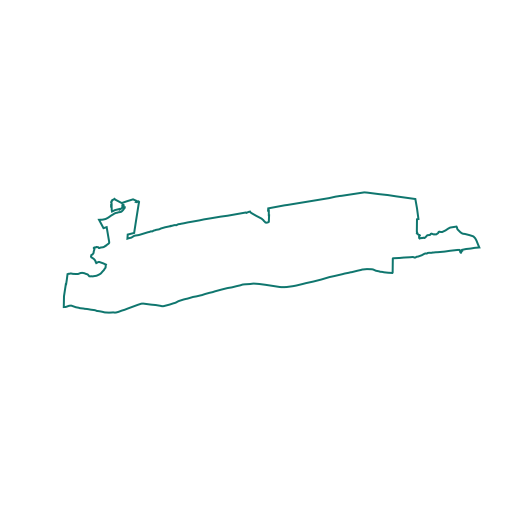 Concesti, Botosani, Romania, rotated 321°
{"feature_id": "2599482B49154697051389", "entity_name": "Concesti", "entity_type": "district", "adm_level": 2, "iso_a3": "ROU", "parent_name": "Romania", "parent_adm1": "Botosani", "projection": "natural_earth1", "projection_center": [26.588, 48.143], "detail": "fine", "context": "isolated", "style": "outline", "palette": "teal", "viewbox_px": 512, "rotation_deg": 321, "n_neighbors": 0, "source": "geoboundaries", "source_scale": "gbopen_adm2", "svg_char_len": 6067}
<svg xmlns="http://www.w3.org/2000/svg" viewBox="0 0 512 512"><g transform="rotate(321 256 256)"><path d="M434.9,389.9L435.9,386.4L436.9,383.2L437.3,381.5L437.5,379.9L437.3,377.8L437.0,377.1L435.1,374.2L432.5,370.7L432.0,370.1L430.9,369.0L430.2,367.7L429.8,366.1L429.4,362.4L429.5,361.5L430.1,360.4L430.3,359.3L424.8,356.1L422.8,355.7L419.4,355.4L415.7,354.5L414.3,353.2L413.7,352.4L413.2,352.3L412.9,352.3L412.3,352.7L411.9,352.8L409.6,352.6L409.2,352.3L408.6,351.6L408.0,351.4L407.6,350.9L406.5,349.1L406.3,349.0L405.7,348.8L405.4,348.9L405.0,349.1L404.6,349.1L403.9,348.8L402.4,347.8L401.6,347.7L400.4,348.0L399.2,348.0L398.5,348.1L398.2,348.0L398.0,347.8L397.6,347.1L396.8,346.9L396.4,346.4L395.4,346.0L395.1,345.6L394.9,345.5L394.2,345.4L394.1,344.8L394.2,344.6L394.9,343.6L396.0,343.2L396.3,343.1L396.3,342.9L396.3,342.6L395.9,342.2L395.7,341.9L395.6,341.6L395.6,341.1L395.6,340.9L395.3,340.2L395.3,339.8L395.3,339.5L395.5,339.4L396.0,339.2L396.0,338.9L396.3,338.5L396.4,338.2L404.2,328.8L405.5,329.5L411.1,320.3L415.7,312.0L402.6,298.0L396.8,291.6L390.5,285.3L382.2,276.6L380.2,274.7L360.4,263.1L358.3,261.7L358.0,261.6L355.3,260.0L349.2,257.0L312.7,236.2L310.1,234.6L295.5,226.7L294.0,228.3L294.6,228.7L291.6,232.4L291.8,232.6L290.2,234.4L287.5,237.5L286.5,237.4L285.4,236.9L285.0,236.6L284.6,236.2L284.4,235.8L284.4,235.5L284.4,235.0L284.2,233.8L284.2,233.4L284.3,232.7L284.1,232.0L283.9,230.7L283.7,230.1L282.1,226.4L281.6,225.3L279.7,220.4L279.4,219.4L279.2,218.9L279.2,218.3L279.3,217.7L278.0,217.1L275.6,216.4L275.5,215.8L274.6,215.3L259.4,206.9L253.2,203.1L244.5,198.2L243.3,197.5L238.6,194.8L234.4,192.7L228.1,189.2L224.2,187.0L220.4,185.1L217.9,183.7L217.2,183.4L215.8,182.5L214.9,182.2L213.6,182.0L213.1,181.5L211.9,180.6L208.4,179.1L208.5,178.9L207.2,178.4L203.3,176.4L202.3,176.0L199.5,174.8L197.8,174.4L197.1,174.1L194.8,172.8L193.6,172.4L192.6,171.9L190.9,171.6L190.5,171.3L190.2,171.0L189.6,170.6L188.5,170.3L186.9,169.5L182.4,167.7L179.9,166.7L178.0,165.9L176.8,165.2L175.3,164.3L174.5,163.9L174.0,163.7L173.5,163.6L170.8,163.3L169.5,162.7L168.3,162.1L167.0,161.6L169.8,158.6L175.8,161.4L184.5,153.5L197.7,141.6L198.5,141.0L199.2,140.3L199.1,139.6L198.5,139.4L198.1,139.4L197.4,139.1L196.8,138.8L196.7,138.6L196.9,138.6L197.7,138.7L198.0,138.6L198.0,138.3L196.1,134.6L192.6,133.2L191.1,132.6L190.5,132.4L190.1,132.2L185.9,130.7L185.0,130.4L182.3,124.1L181.9,122.5L181.5,122.6L181.0,122.6L180.6,122.4L180.1,122.3L179.7,122.1L179.4,122.1L179.0,122.4L178.5,122.4L178.3,122.6L178.1,122.9L177.8,122.8L177.6,122.8L177.2,123.1L176.7,124.5L175.9,125.5L175.5,125.2L174.5,126.4L174.9,126.7L172.6,129.8L172.1,130.8L175.3,131.6L179.4,133.5L179.2,134.1L179.6,134.2L181.7,134.3L182.6,134.3L184.1,132.4L184.4,132.3L185.0,132.7L185.2,132.9L183.9,135.4L184.5,135.7L184.4,135.8L184.2,136.0L183.7,136.0L181.7,136.6L180.1,136.8L179.3,136.8L178.8,136.7L177.8,136.2L176.7,135.5L175.3,135.0L174.7,134.6L173.8,134.2L172.6,133.9L170.7,133.7L168.9,133.4L166.7,133.3L164.7,133.1L162.4,132.6L159.6,131.2L156.8,129.1L155.0,138.4L158.1,139.6L150.9,152.4L150.6,152.9L150.1,153.4L149.7,153.5L149.3,153.6L146.9,153.5L146.2,153.6L145.9,153.4L145.3,153.3L145.1,153.5L143.4,153.2L142.6,152.9L140.3,151.5L139.6,151.4L139.2,151.2L138.9,150.9L138.9,150.0L138.7,149.7L137.7,148.6L137.3,148.6L137.1,148.4L136.7,148.4L136.3,148.2L136.0,147.8L135.5,147.6L135.1,147.6L134.9,147.8L134.8,148.2L134.8,148.7L134.5,149.2L132.7,150.4L131.8,151.3L131.2,151.6L129.9,151.9L129.4,151.8L128.8,151.6L128.6,151.7L128.2,152.0L127.4,152.6L127.2,153.5L127.6,154.4L128.1,156.2L128.2,157.8L127.8,160.0L127.6,160.0L127.4,161.0L129.4,161.4L130.1,161.7L130.5,162.1L132.6,165.5L134.0,168.3L133.2,168.8L132.8,169.2L132.3,169.9L131.6,170.4L130.0,170.8L129.0,171.2L126.8,171.5L124.7,171.9L123.8,171.9L122.5,171.7L120.4,171.2L119.5,170.9L119.1,170.7L117.6,169.8L116.5,169.2L115.8,168.7L115.3,168.1L114.2,167.4L113.9,167.0L113.7,166.8L113.6,164.5L113.4,164.1L112.4,162.6L111.8,161.4L110.6,160.0L110.0,159.5L108.9,158.8L106.6,158.1L106.0,157.7L105.1,157.0L102.5,154.7L101.1,153.0L99.8,152.4L99.4,152.0L98.1,151.5L93.9,155.5L90.7,158.4L90.5,158.2L81.5,166.4L74.5,174.7L75.8,175.7L76.9,176.2L79.0,176.9L79.8,177.3L81.1,178.2L81.4,178.6L83.8,182.5L85.6,184.6L86.3,185.7L89.1,188.5L89.5,189.1L90.0,189.6L91.0,190.5L92.2,191.8L93.8,193.7L96.6,196.6L97.2,197.5L97.7,198.5L98.9,199.7L100.0,200.9L101.5,202.7L102.9,204.6L106.1,207.5L108.0,208.9L109.6,210.0L110.6,211.1L111.6,211.8L113.8,212.8L117.4,214.0L120.0,215.1L123.2,216.1L133.5,219.6L136.9,220.9L138.4,222.0L143.9,227.8L147.3,231.1L150.3,234.5L151.3,235.8L152.3,236.6L152.8,236.9L158.3,239.4L162.3,240.9L163.3,241.4L164.6,241.8L166.9,242.2L167.9,242.5L172.5,244.3L174.8,245.4L175.7,245.9L177.6,246.7L181.3,248.2L184.3,249.9L188.7,252.0L189.2,252.3L192.5,253.5L196.6,255.3L198.6,256.3L199.6,256.8L201.8,257.6L208.1,260.4L213.5,262.9L214.4,263.4L217.5,265.2L221.9,267.2L225.3,268.9L227.5,269.7L229.1,270.7L233.7,274.0L236.3,275.6L237.2,276.3L240.4,279.3L241.4,280.3L245.1,284.2L250.3,289.9L255.0,295.1L256.5,296.5L258.4,298.0L260.3,299.4L265.9,302.8L268.5,304.2L274.6,307.1L277.7,308.5L284.4,311.9L292.0,315.4L299.8,318.6L304.1,320.8L311.7,324.5L313.8,325.4L317.5,327.4L319.3,328.2L320.2,328.8L325.4,331.2L329.0,333.0L329.9,333.3L334.0,336.0L337.8,339.3L338.6,340.3L339.9,342.9L342.0,345.4L342.6,346.4L344.1,347.8L345.3,349.3L348.2,352.2L350.3,354.1L351.3,355.0L351.8,354.8L353.4,352.9L360.7,344.1L360.9,344.0L361.2,344.1L363.1,345.5L366.5,348.0L369.7,350.1L375.2,354.1L377.3,355.5L378.4,357.2L379.0,357.5L380.4,357.7L381.5,358.4L382.9,358.9L384.4,359.4L385.1,359.7L388.0,360.2L388.7,360.4L389.3,360.7L390.3,361.6L391.3,361.7L392.5,362.4L393.4,363.2L394.7,364.2L395.2,364.3L395.5,364.5L396.1,365.0L397.9,366.1L399.6,367.4L405.4,371.3L410.0,374.0L416.7,378.3L417.4,378.9L418.1,379.5L417.6,380.7L417.2,381.6L417.2,382.1L417.2,382.3L417.4,382.5L417.5,382.5L417.7,382.4L417.8,382.2L418.0,381.8L418.3,381.2L418.5,381.2L419.4,381.8L419.5,381.8L419.9,381.0L420.0,380.9L423.7,382.8L427.5,385.3L431.1,387.3L434.9,389.9Z" fill="none" stroke="#0f766e" stroke-width="2"/></g></svg>